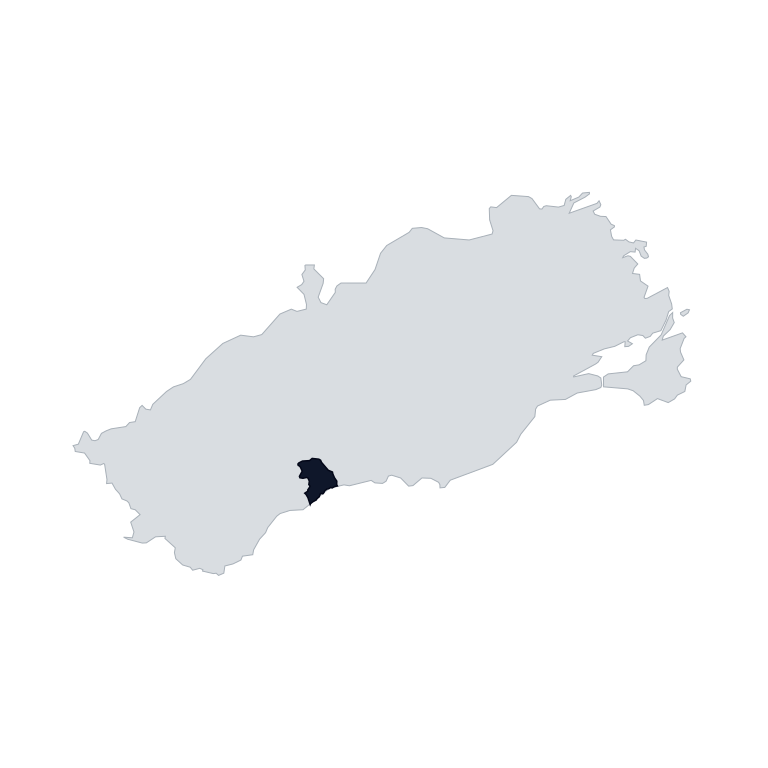 location of Giresun within Turkey, rotated 154°
{"feature_id": "TUR-2292", "entity_name": "Giresun", "entity_type": "Province", "adm_level": 1, "iso_a3": "TUR", "parent_name": "Turkey", "parent_adm1": "", "projection": "orthographic", "projection_center": [38.652, 40.562], "detail": "coarse", "context": "in_parent", "style": "filled", "palette": "ink", "viewbox_px": 768, "rotation_deg": 154, "n_neighbors": 0, "source": "natural_earth", "source_scale": "10m", "svg_char_len": 4402}
<svg xmlns="http://www.w3.org/2000/svg" viewBox="0 0 768 768"><g transform="rotate(154 384 384)"><path d="M576.8,288.1L586.7,291.3L589.8,288.5L598.7,288.5L606.8,290.2L610.9,284.2L616.6,284.5L617.8,287.5L620.5,288.4L629.1,295.4L628.2,296.5L630.4,299.1L637.6,300.5L638.5,304.3L644.3,309.6L647.7,318.2L646.3,324.3L643.4,328.3L648.6,341.2L647.3,343.0L656.3,346.8L667.3,345.4L671.0,347.0L682.3,356.7L685.2,360.5L677.6,356.1L673.6,360.6L672.2,370.9L660.5,373.5L662.7,380.0L666.1,382.9L665.4,389.2L666.4,391.7L669.9,395.6L669.8,401.2L671.5,407.1L671.9,414.2L677.0,416.1L674.9,419.5L670.3,434.3L670.7,435.4L674.5,435.5L683.2,441.7L681.9,444.0L683.4,453.2L691.1,458.7L690.1,461.8L690.5,464.9L685.1,463.9L674.9,472.8L673.7,472.7L672.1,469.9L671.3,461.7L668.6,459.7L665.2,459.4L659.6,463.5L654.2,463.7L648.9,463.3L634.7,458.9L629.6,460.9L624.1,459.2L614.0,469.8L610.8,470.8L609.1,465.8L605.3,463.1L600.7,467.1L582.8,472.6L574.5,473.7L564.3,472.3L555.9,473.0L533.1,484.8L511.1,491.1L491.4,490.7L480.6,483.6L472.2,482.0L446.9,492.5L434.5,491.9L430.4,487.4L421.0,485.4L418.8,489.5L416.6,499.6L419.7,509.0L414.4,509.4L410.9,511.4L409.8,518.4L404.8,521.0L403.1,525.2L402.2,525.3L394.4,521.5L396.6,518.2L392.1,505.1L394.6,501.1L405.1,490.9L405.0,484.8L400.7,480.3L387.6,487.7L386.3,490.6L383.3,492.8L378.4,493.6L355.8,482.6L341.9,490.8L329.8,503.0L320.8,507.3L294.9,509.3L290.3,511.5L281.7,508.2L276.7,504.4L265.8,488.9L244.3,476.1L221.1,471.4L218.8,474.0L217.1,485.2L212.5,495.5L210.4,496.4L205.5,493.2L186.8,497.7L172.0,489.1L169.7,485.8L167.4,473.2L165.3,472.0L162.6,473.5L160.0,473.1L149.6,466.5L143.8,465.5L139.6,470.3L133.6,471.7L133.6,470.2L136.3,467.1L127.0,466.6L121.8,468.6L115.4,466.2L116.0,464.8L121.5,463.8L134.0,463.5L142.7,456.3L113.4,453.0L110.4,454.4L110.5,450.1L112.4,448.4L120.2,447.8L120.2,444.2L115.9,439.8L111.1,437.2L109.8,428.0L107.5,425.4L108.0,424.2L112.9,423.3L114.7,416.9L114.5,412.9L105.6,408.1L103.5,408.2L101.6,404.4L97.9,401.4L94.5,403.0L85.8,396.4L88.0,392.8L90.3,393.2L91.1,390.3L90.0,385.0L90.5,382.4L92.6,382.0L94.9,382.8L96.8,386.2L96.3,391.9L98.4,395.7L100.5,392.5L104.6,395.0L112.4,394.2L114.1,392.9L108.5,392.3L106.6,390.7L103.3,380.6L108.3,378.5L112.2,374.4L106.2,370.5L108.3,364.2L103.8,356.2L112.3,347.9L112.1,346.5L109.9,345.6L86.9,346.4L87.1,342.2L89.3,338.8L90.4,329.8L92.0,325.1L96.4,324.3L102.4,317.9L111.7,310.6L120.2,311.9L123.9,310.1L129.0,310.6L130.1,314.1L134.3,317.0L142.2,317.6L146.2,315.9L143.1,311.3L147.7,310.6L151.2,312.0L148.7,316.3L149.7,316.8L160.1,316.7L170.6,319.0L182.5,319.8L184.2,318.6L176.3,313.1L182.1,309.7L185.1,309.2L210.2,308.1L210.4,307.2L195.5,303.6L188.3,297.5L186.5,294.3L188.8,287.5L190.7,285.8L196.1,286.1L214.3,291.2L227.7,290.6L241.7,296.6L255.7,296.9L258.7,295.0L262.7,288.6L283.1,278.9L290.4,273.5L321.4,264.1L366.6,268.5L374.7,264.4L379.2,266.1L377.9,269.0L378.0,271.7L383.2,278.7L391.1,282.9L402.5,280.0L406.6,281.4L410.2,292.2L417.1,298.7L420.4,299.3L424.8,295.7L428.9,295.3L435.5,299.1L437.8,303.0L459.7,307.7L464.2,310.9L479.0,314.2L511.9,306.5L524.0,311.6L534.1,313.1L538.4,312.2L551.5,305.9L555.6,302.3L563.8,299.1L573.9,292.1L576.8,288.1ZM159.4,250.8L158.0,255.4L159.3,260.9L163.0,268.7L167.1,272.8L187.9,285.2L183.7,294.0L178.1,294.8L159.8,288.2L151.7,291.0L146.3,289.4L138.4,290.1L135.6,295.3L129.4,300.9L113.3,306.7L97.4,320.3L93.2,321.7L95.7,316.7L96.2,312.0L102.9,307.5L112.0,304.6L114.7,301.5L93.3,299.1L91.9,294.1L94.3,293.4L102.3,286.0L103.5,282.7L103.9,274.2L112.9,270.6L113.9,268.7L113.7,260.3L106.5,254.4L107.0,252.1L112.9,250.7L116.9,245.4L125.2,245.4L129.4,243.2L136.7,242.7L144.6,251.0L155.4,249.6L159.4,250.8ZM86.3,318.1L79.0,318.4L76.9,316.8L79.5,314.6L85.3,313.7L86.8,316.5L86.3,318.1Z" fill="#d9dde1" stroke="#a8b0b8" stroke-width="1"/><path d="M470.6,312.8L473.4,313.5L476.1,313.3L477.4,314.5L479.3,314.1L481.3,314.6L484.0,314.1L485.7,312.7L487.1,312.1L488.4,313.2L489.6,313.0L491.7,311.0L494.6,310.3L495.6,309.5L499.8,309.3L502.4,308.7L503.2,308.0L502.2,315.2L502.5,319.0L503.1,320.6L499.3,321.1L499.0,322.2L495.6,324.2L495.3,325.2L495.7,326.5L493.7,329.4L493.6,332.8L494.5,333.9L498.2,334.8L500.7,336.6L500.5,338.1L495.7,341.5L495.6,345.8L495.9,347.3L496.8,348.4L496.5,349.8L495.2,350.4L491.1,350.5L484.5,347.8L481.2,348.6L475.5,345.0L474.4,343.3L474.5,340.9L471.9,330.9L468.9,327.5L469.4,325.6L469.6,321.4L469.0,317.4L470.6,314.4L470.6,312.8Z" fill="#0f172a" stroke="#020617" stroke-width="1.5"/></g></svg>